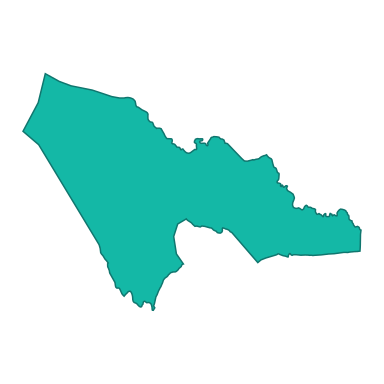 outline of Grande Ravine, Dennery, Saint Lucia
{"feature_id": "8701671B908189837343", "entity_name": "Grande Ravine", "entity_type": "district", "adm_level": 2, "iso_a3": "LCA", "parent_name": "Saint Lucia", "parent_adm1": "Dennery", "projection": "equal_earth", "projection_center": [-60.928, 13.943], "detail": "fine", "context": "isolated", "style": "filled", "palette": "teal", "viewbox_px": 384, "rotation_deg": 0, "n_neighbors": 0, "source": "geoboundaries", "source_scale": "gbopen_adm2", "svg_char_len": 6075}
<svg xmlns="http://www.w3.org/2000/svg" viewBox="0 0 384 384"><path d="M361.0,230.1L360.6,230.0L360.1,229.7L359.7,229.2L359.3,227.8L358.9,227.2L357.6,226.4L355.3,227.0L355.0,226.9L354.3,225.9L353.7,225.4L353.3,224.0L352.1,222.3L352.1,221.4L351.9,220.8L350.9,220.6L349.3,219.5L348.9,218.1L349.0,217.2L348.8,215.8L348.6,215.3L348.2,215.0L347.6,214.6L347.3,213.0L347.1,212.6L346.2,211.8L345.9,210.9L345.2,210.4L344.5,210.0L342.6,209.4L340.6,209.1L339.4,209.8L337.9,211.5L337.3,212.5L337.0,213.2L337.3,214.1L337.1,214.6L337.2,215.3L337.0,215.8L336.6,215.9L335.9,215.8L335.3,215.5L334.5,214.9L334.1,214.8L332.6,215.8L332.1,215.4L332.0,214.5L331.9,214.3L331.3,214.2L330.6,213.5L330.1,213.5L329.7,214.5L329.5,215.9L329.2,216.4L328.8,216.6L326.9,216.6L326.4,216.4L325.8,215.9L325.7,214.7L325.8,214.4L325.8,213.9L325.5,213.6L325.2,213.6L324.5,214.1L323.9,214.7L323.6,215.5L323.5,216.0L323.3,216.6L322.8,216.6L322.5,216.3L322.2,215.9L321.1,214.8L320.7,214.5L319.5,214.2L319.2,213.6L318.8,213.6L318.3,214.0L317.4,214.3L316.9,214.3L315.8,212.6L315.5,212.0L315.4,211.2L315.5,209.7L315.4,209.4L314.4,208.8L312.1,208.3L311.2,207.6L310.1,207.2L308.7,207.3L308.1,207.1L307.3,205.9L306.4,205.3L305.8,205.5L304.8,206.4L304.5,206.8L303.6,208.9L303.0,209.4L302.5,209.8L301.5,209.7L299.7,208.4L298.7,207.9L298.4,207.9L297.0,208.4L295.5,208.3L294.1,207.8L293.8,207.6L293.1,206.8L292.7,205.6L292.5,204.5L292.8,202.5L293.9,199.7L294.4,198.0L294.1,196.8L293.1,194.2L290.4,192.2L288.5,191.2L287.4,190.4L286.6,188.5L286.6,188.1L287.4,186.2L286.8,185.7L285.8,185.8L284.2,187.1L283.6,187.2L283.1,186.7L282.9,185.9L282.4,185.2L282.1,185.3L281.6,186.3L281.3,186.5L280.9,186.4L280.5,185.9L280.5,185.4L280.8,184.7L280.8,184.3L280.3,183.6L278.8,183.1L277.5,182.9L277.2,182.6L277.1,181.9L277.2,181.3L277.4,180.9L278.3,179.9L278.7,179.1L278.9,177.3L279.1,174.0L279.0,173.6L278.8,173.2L278.0,172.9L277.4,172.3L276.4,169.2L276.1,168.5L275.7,168.0L274.4,167.5L273.7,166.7L272.8,163.7L271.9,159.8L271.5,159.2L271.1,158.7L269.3,157.8L268.5,157.2L267.1,155.7L266.6,154.8L264.6,155.6L263.9,155.7L261.9,156.5L260.8,157.1L259.7,158.0L259.6,158.3L259.3,158.5L257.9,159.0L255.9,159.3L254.1,159.9L253.3,159.9L253.1,159.9L253.0,159.7L252.6,159.7L251.5,160.1L247.2,161.2L244.7,161.0L244.2,160.8L241.8,158.6L233.8,150.3L227.6,143.8L226.8,143.4L225.0,143.2L224.9,142.7L223.9,140.0L222.9,139.4L222.1,139.0L221.0,139.0L219.7,138.1L219.0,137.2L216.8,136.8L214.2,136.6L213.7,136.6L212.8,137.1L211.7,137.3L211.0,137.8L210.4,139.0L207.9,142.7L207.6,143.5L208.0,144.2L207.9,145.0L207.6,145.6L207.3,145.7L206.7,145.5L206.2,145.0L205.6,143.7L204.9,143.3L204.5,143.2L201.1,143.3L200.5,143.1L199.6,142.2L199.7,141.5L200.0,141.2L200.9,140.9L201.8,140.8L202.4,140.5L202.7,139.8L202.7,139.1L202.4,138.8L199.8,138.8L199.2,138.9L197.8,138.6L197.0,138.7L195.4,139.3L194.8,140.7L194.5,141.0L194.4,142.3L194.8,142.8L195.9,143.4L196.2,143.7L196.5,144.3L196.4,145.8L196.7,148.8L196.4,149.5L194.7,149.5L190.6,152.6L189.0,153.3L186.8,152.9L185.7,152.2L184.9,151.5L183.6,150.0L182.9,149.0L182.4,149.0L181.8,149.3L181.5,149.6L181.1,149.8L180.7,149.6L179.7,147.6L179.4,147.4L176.9,147.1L176.7,146.9L176.1,146.0L174.8,144.4L173.7,143.9L172.5,143.8L172.0,143.4L171.8,143.0L172.3,140.7L172.0,139.3L171.6,138.9L171.1,138.8L166.9,138.6L166.4,138.1L164.8,135.6L164.2,134.1L161.1,128.7L159.6,128.2L156.8,128.2L156.5,128.4L156.2,128.0L154.9,127.0L154.0,126.1L152.9,123.2L152.5,122.5L152.0,122.2L150.4,122.0L149.2,121.0L148.3,119.8L148.0,119.1L147.9,117.4L147.9,115.4L148.0,114.3L147.7,113.5L147.2,112.7L146.0,111.8L143.4,110.5L142.1,109.9L138.7,107.5L138.2,107.2L136.8,106.8L136.2,106.0L135.8,104.8L135.6,103.4L135.1,101.2L134.1,100.0L132.9,98.9L130.7,98.0L129.3,97.7L127.9,97.5L126.6,97.6L125.4,97.7L124.3,98.0L119.5,98.0L111.8,96.6L92.3,90.1L70.9,85.8L59.2,81.4L45.3,73.7L38.2,102.7L23.0,131.3L38.7,144.7L99.1,244.7L100.2,248.5L100.7,252.7L101.5,254.0L103.1,255.9L105.0,259.1L106.5,260.7L108.2,263.0L107.8,263.4L107.6,263.8L107.7,266.5L107.8,267.0L108.3,267.9L109.4,270.8L109.5,272.0L109.8,273.2L114.9,282.3L115.1,283.3L115.4,285.5L115.6,286.5L115.8,287.1L116.7,288.0L117.3,288.1L118.3,288.0L119.1,288.2L119.5,288.6L120.0,289.4L121.9,293.7L122.6,294.7L124.1,296.2L125.7,294.3L127.1,293.0L128.2,291.7L129.2,291.3L129.9,291.3L130.5,291.4L131.0,292.1L131.6,293.1L132.2,294.8L132.6,296.8L132.8,299.8L133.3,301.5L134.2,302.5L135.8,303.1L136.7,303.7L137.2,304.1L137.8,304.9L139.4,306.5L140.4,306.9L140.9,307.0L141.7,306.5L142.1,305.1L142.9,304.3L143.2,302.7L143.5,301.8L144.3,301.3L144.8,301.3L146.7,302.7L148.9,302.5L149.9,302.9L151.0,303.9L151.6,305.5L152.0,307.2L152.2,309.7L152.4,310.2L153.3,310.3L154.8,307.8L153.9,306.4L153.7,305.6L154.4,303.8L155.6,298.3L155.9,296.9L157.1,294.7L158.5,291.0L159.5,289.1L159.8,288.4L160.9,286.6L161.5,285.1L162.5,282.9L163.4,280.1L164.2,279.0L165.2,277.9L167.0,276.7L168.0,275.6L168.4,274.8L169.5,273.9L170.4,272.9L171.2,272.5L172.0,272.4L172.6,272.0L175.2,271.9L175.8,271.7L176.6,271.2L178.3,269.6L178.9,268.5L180.8,266.9L181.2,266.5L181.8,264.9L182.5,264.3L183.4,264.0L176.4,253.9L173.7,236.5L177.7,224.0L186.3,218.9L186.6,219.4L187.7,220.4L191.0,222.5L192.0,223.4L192.5,224.1L194.9,226.3L196.8,226.1L199.9,226.9L200.4,226.9L201.8,226.0L204.9,226.4L209.8,227.8L211.4,228.0L212.2,228.6L213.4,229.9L214.0,230.3L216.3,231.3L217.3,232.6L218.4,232.9L220.1,233.1L220.6,233.0L221.7,232.3L222.2,231.4L222.4,230.8L222.3,228.6L222.5,228.1L222.8,227.9L224.5,228.4L225.7,229.0L226.5,229.1L228.3,229.8L229.2,230.4L230.2,231.7L231.8,232.5L257.8,262.6L261.0,259.9L265.8,258.0L275.5,255.1L276.7,254.7L278.1,253.8L278.8,253.9L279.7,254.4L283.1,255.7L285.7,256.2L286.3,256.5L287.9,257.0L288.2,256.9L288.3,256.3L288.2,256.1L288.3,255.5L289.5,253.6L290.1,253.6L291.2,254.9L292.0,255.3L292.4,255.2L293.6,254.7L296.1,254.7L300.8,255.2L305.2,255.0L308.3,255.1L309.4,255.3L311.4,255.2L312.9,255.5L314.5,255.3L321.0,254.9L328.6,254.0L334.2,253.7L343.7,252.4L345.9,252.4L347.8,252.5L349.4,252.1L354.5,251.6L357.3,251.5L360.0,251.1L360.0,250.9L360.2,247.6L360.3,245.4L360.5,234.2L361.0,230.1Z" fill="#14b8a6" stroke="#0f766e" stroke-width="1.5"/></svg>